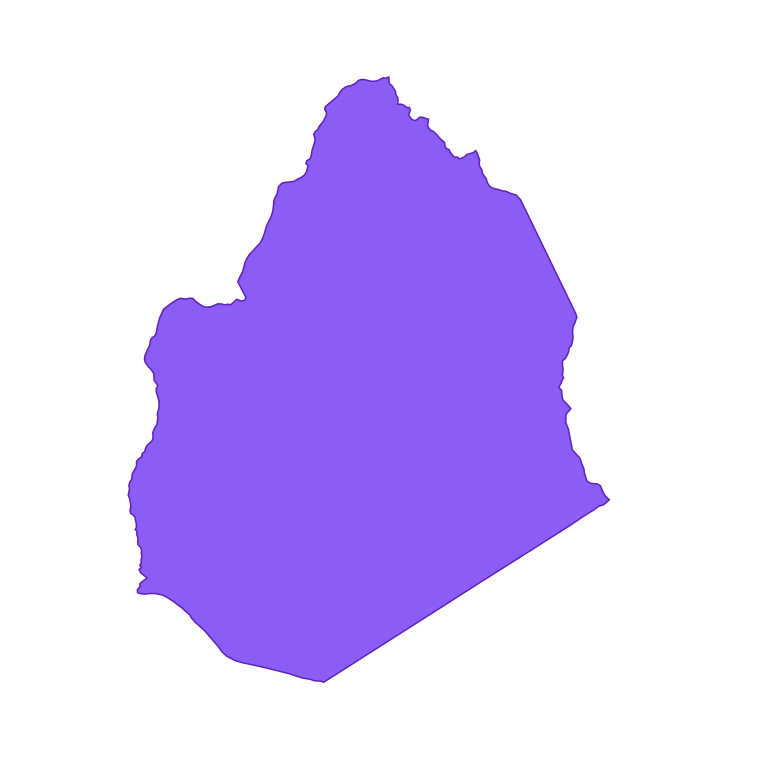 Bom Jesus do Tocantins, Pará, Brazil (Robinson projection), rotated 9°
{"feature_id": "56859067B86767686760790", "entity_name": "Bom Jesus do Tocantins", "entity_type": "district", "adm_level": 2, "iso_a3": "BRA", "parent_name": "Brazil", "parent_adm1": "Pará", "projection": "robinson", "projection_center": [-48.817, -5.028], "detail": "fine", "context": "isolated", "style": "filled", "palette": "violet", "viewbox_px": 768, "rotation_deg": 9, "n_neighbors": 0, "source": "geoboundaries", "source_scale": "gbopen_adm2", "svg_char_len": 3653}
<svg xmlns="http://www.w3.org/2000/svg" viewBox="0 0 768 768"><g transform="rotate(9 384 384)"><path d="M490.0,180.6L485.1,176.7L479.6,176.0L473.8,174.5L470.6,174.7L465.9,173.9L462.6,173.8L458.9,173.0L456.4,171.2L454.3,168.5L453.0,165.5L448.4,160.7L447.1,157.1L444.9,154.5L443.4,151.5L443.5,147.9L440.2,141.9L438.1,139.2L435.6,141.7L430.1,144.2L428.0,146.8L425.6,148.7L423.2,149.8L420.9,148.3L418.1,149.0L415.6,147.1L413.3,144.8L411.5,142.2L408.9,141.9L407.0,139.6L406.1,136.1L400.2,132.2L397.9,130.0L392.8,126.6L390.2,126.2L388.2,124.2L386.6,122.0L386.6,115.5L380.2,114.6L377.3,115.0L375.4,117.7L372.8,119.1L369.9,118.1L366.2,114.7L367.3,109.5L365.9,107.0L363.1,107.4L360.6,105.7L357.2,104.9L353.7,105.7L353.6,101.9L352.6,98.8L350.4,96.1L349.4,92.9L344.8,87.8L342.2,86.5L340.7,80.0L338.2,81.6L335.2,81.7L329.9,85.6L326.9,86.5L323.7,87.0L317.6,86.4L314.2,86.8L311.3,88.1L309.7,90.5L307.5,92.5L305.0,94.3L301.9,95.4L299.2,97.1L296.9,99.2L294.9,102.6L293.5,106.7L282.6,119.3L282.5,122.1L284.5,124.3L285.0,127.7L282.8,134.3L279.7,139.8L278.7,143.2L276.6,145.4L275.5,148.4L277.0,151.1L277.9,154.3L276.4,164.4L276.4,170.7L275.4,173.6L272.8,175.4L272.3,178.4L274.9,180.3L274.1,186.8L272.9,189.9L270.6,192.3L265.5,196.0L263.3,198.0L254.4,200.5L251.6,201.8L249.0,205.4L248.7,212.8L247.3,216.5L246.5,220.6L246.9,224.1L247.1,230.8L246.6,234.1L246.1,237.5L243.9,243.8L243.1,247.5L242.3,254.2L241.0,260.2L239.7,263.9L230.5,277.7L228.7,282.1L227.8,285.4L226.7,295.6L224.5,301.9L223.6,306.0L234.2,320.3L232.9,323.4L230.1,324.4L225.4,323.4L220.4,329.5L216.9,329.8L214.0,330.7L211.2,330.4L207.3,330.8L201.2,334.7L197.1,335.8L193.7,335.8L189.5,334.1L185.2,332.0L182.0,329.5L178.6,329.6L175.5,331.0L169.3,331.3L166.0,333.3L159.9,339.0L154.5,344.7L152.1,353.9L151.2,362.0L151.0,369.6L150.1,372.4L147.9,374.3L146.5,376.7L146.5,382.8L145.2,386.4L143.4,393.8L143.5,396.7L144.6,399.7L148.5,403.8L151.1,405.6L155.0,409.7L156.3,416.3L161.0,421.0L159.8,424.2L160.4,427.6L164.0,434.9L165.0,439.2L165.4,442.6L164.8,449.3L165.9,452.3L166.1,459.5L164.1,464.1L163.2,468.0L164.4,473.8L163.5,476.9L159.5,481.8L158.5,484.9L158.3,487.8L156.1,490.6L155.8,494.1L153.2,496.6L151.6,499.5L152.3,502.5L152.0,505.4L149.5,511.6L149.6,518.0L148.3,520.5L147.9,524.4L149.0,527.4L148.8,534.0L150.4,536.4L152.6,542.4L153.2,545.6L152.8,548.3L153.8,551.3L156.5,552.5L158.8,554.5L161.3,561.2L161.9,564.1L161.1,566.7L163.2,568.2L163.2,571.0L165.0,574.4L165.9,580.8L169.2,583.6L170.6,586.2L170.8,589.6L171.9,592.4L171.5,595.8L172.2,598.5L171.1,601.4L173.2,603.2L171.1,605.5L172.8,608.1L175.2,609.8L180.4,612.6L175.8,617.2L174.2,619.3L174.6,622.6L172.6,625.5L173.2,628.7L177.1,629.2L180.7,628.9L187.0,627.3L190.8,626.8L198.2,627.1L202.1,628.3L210.1,631.7L215.4,634.8L219.0,636.4L223.0,639.2L228.3,642.5L230.6,645.3L235.1,649.1L245.0,655.4L261.4,669.3L266.0,673.9L270.9,677.3L275.7,679.0L280.8,680.6L288.3,681.5L306.1,682.4L335.1,684.9L349.5,687.2L357.4,687.2L361.7,688.0L367.7,687.4L371.1,688.0L498.6,575.1L512.0,563.1L514.7,560.8L543.4,535.6L590.9,493.7L600.5,484.6L610.7,475.7L615.4,471.1L620.1,468.6L624.6,463.1L620.2,460.1L617.5,457.0L613.6,450.6L610.3,449.3L603.5,449.8L599.6,448.0L596.0,440.9L594.6,436.2L591.3,431.0L590.1,428.2L588.3,426.0L585.4,423.7L580.3,419.5L573.3,400.0L569.6,393.6L568.5,385.4L572.4,379.1L567.9,375.2L563.2,371.8L562.1,369.2L561.3,366.6L560.4,362.3L557.1,360.3L558.6,356.2L559.3,352.9L560.4,349.7L558.8,347.6L558.8,344.7L558.6,341.3L557.3,337.4L556.7,333.0L559.3,330.2L560.7,326.0L561.3,322.6L561.2,319.5L563.0,316.8L563.5,312.7L563.4,307.9L562.3,304.2L561.7,297.9L563.1,293.4L564.0,287.8L562.1,284.0L490.0,180.6Z" fill="#8b5cf6" stroke="#5b21b6" stroke-width="1.5"/></g></svg>